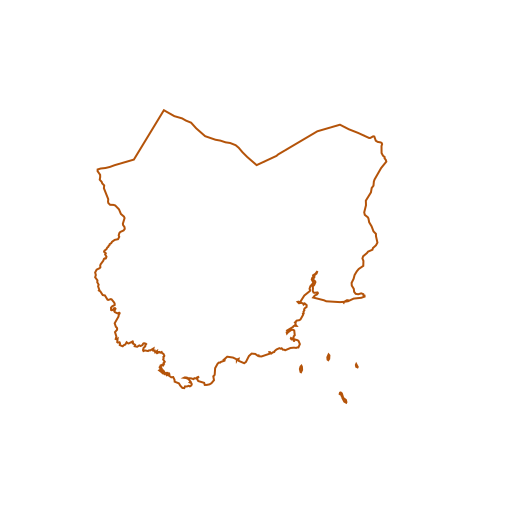 the district of Mocimboa Da Praia, Cabo Delgado, Mozambique, rotated 64°
{"feature_id": "85939544B54758933622764", "entity_name": "Mocimboa Da Praia", "entity_type": "district", "adm_level": 2, "iso_a3": "MOZ", "parent_name": "Mozambique", "parent_adm1": "Cabo Delgado", "projection": "natural_earth1", "projection_center": [40.265, -11.404], "detail": "fine", "context": "isolated", "style": "outline", "palette": "amber", "viewbox_px": 512, "rotation_deg": 64, "n_neighbors": 0, "source": "geoboundaries", "source_scale": "gbopen_adm2", "svg_char_len": 6152}
<svg xmlns="http://www.w3.org/2000/svg" viewBox="0 0 512 512"><g transform="rotate(64 256 256)"><path d="M333.3,384.2L336.7,381.1L339.3,380.9L342.3,380.0L343.3,378.4L342.1,377.0L343.0,375.2L343.2,373.3L344.2,372.6L344.0,370.9L343.0,369.9L341.7,369.9L340.6,370.9L340.3,369.9L337.1,370.6L335.2,372.1L333.9,374.1L333.9,373.2L335.0,371.4L335.9,370.9L337.5,368.0L339.3,366.1L338.8,365.0L339.7,363.6L339.3,362.2L339.4,360.1L339.9,361.9L340.7,362.9L343.1,362.7L347.3,358.2L349.4,358.6L350.3,356.7L351.0,354.0L350.8,351.8L349.2,348.2L345.4,347.1L345.0,345.7L344.3,345.0L338.9,341.9L335.9,337.6L335.5,336.0L336.1,335.1L335.8,333.9L336.3,330.2L335.8,329.8L335.1,330.3L333.9,326.0L337.2,321.2L340.5,318.6L341.4,319.0L340.7,318.0L340.8,316.7L341.7,317.4L342.8,317.4L347.2,313.6L346.8,311.5L342.8,306.2L341.8,302.7L343.7,299.6L346.5,298.1L346.5,297.2L347.5,297.2L348.7,295.1L349.8,286.5L348.3,286.1L348.7,285.5L350.1,285.5L350.4,285.1L350.0,283.2L350.3,281.7L349.6,280.9L349.0,278.5L349.1,275.4L350.2,274.4L350.2,273.4L352.0,272.9L352.6,271.7L353.5,271.1L353.8,265.3L355.0,262.1L356.2,260.2L356.3,258.8L356.8,258.0L354.4,255.2L351.1,255.0L350.0,255.5L347.9,257.8L349.6,259.4L347.4,258.8L346.6,260.6L345.5,260.9L345.1,260.5L345.8,260.0L346.2,258.3L344.7,257.3L344.2,255.9L339.7,254.3L338.7,254.9L337.9,256.5L338.6,260.7L339.2,262.1L338.1,261.9L337.9,260.0L337.6,260.5L336.6,260.7L336.0,253.9L335.5,253.0L335.5,252.2L336.6,250.2L334.6,250.6L333.4,249.6L332.8,250.0L331.9,247.8L332.7,245.1L332.5,243.8L329.4,239.3L328.4,239.1L328.4,238.3L326.8,237.7L326.0,236.3L325.0,236.1L324.4,235.2L324.0,232.9L322.4,232.0L319.8,233.1L319.7,233.6L320.4,233.9L320.5,234.5L319.7,234.4L317.4,236.1L317.7,236.7L317.3,238.1L315.5,238.7L315.6,237.9L316.6,237.1L316.5,236.1L312.7,229.9L311.1,222.9L310.3,222.3L309.0,222.3L307.0,220.4L305.2,216.1L301.6,216.2L300.3,215.0L299.8,213.5L298.4,213.2L298.0,210.3L296.5,207.4L298.3,209.3L298.9,212.0L300.6,212.8L301.7,214.7L302.4,214.9L304.8,213.9L305.6,214.1L307.5,216.3L308.4,218.6L309.7,218.8L312.2,220.3L314.1,220.3L314.7,219.6L315.7,216.7L316.5,216.6L317.3,218.0L317.3,220.5L318.4,222.8L325.6,214.3L327.5,212.7L334.3,200.7L335.4,197.9L336.4,197.6L335.8,196.9L336.5,194.7L335.7,195.0L335.6,193.6L336.2,192.6L337.0,192.4L337.1,186.9L339.7,179.7L340.1,176.2L339.1,175.8L338.4,176.6L337.3,176.3L335.7,177.8L335.2,180.9L333.7,183.0L331.2,183.5L328.4,182.5L324.6,182.9L322.1,181.9L319.3,178.3L316.3,175.7L314.0,172.2L312.7,169.4L311.9,163.9L307.5,161.6L304.8,161.4L303.2,159.8L302.0,155.0L301.2,153.4L301.4,148.6L300.1,147.4L299.0,143.5L297.2,141.0L290.9,139.5L288.6,138.5L285.4,139.6L280.0,139.1L275.3,139.5L271.6,138.5L270.3,138.5L266.7,140.2L264.2,139.6L258.6,134.9L254.4,133.0L249.2,124.8L245.6,122.2L244.3,119.6L240.7,117.4L239.2,115.9L231.8,105.0L228.3,97.5L226.7,97.2L224.5,97.6L223.5,97.0L221.5,97.9L218.5,98.0L212.2,95.0L210.7,93.6L209.6,93.5L208.6,94.1L206.8,96.6L204.9,97.8L200.5,97.3L199.8,98.2L200.0,101.5L199.5,102.6L190.0,110.4L182.8,117.0L174.8,123.0L170.8,146.2L174.4,191.5L175.0,193.7L174.6,215.6L163.1,220.5L156.7,222.7L151.1,224.1L147.5,225.7L143.1,229.7L140.5,233.5L136.7,237.4L133.7,241.5L126.0,249.2L115.0,253.8L107.7,255.9L103.6,259.6L99.9,262.1L94.5,268.1L84.6,274.9L115.8,323.5L112.4,343.3L111.9,348.3L110.9,352.8L109.3,357.2L108.8,360.4L110.3,361.2L114.7,360.5L116.7,361.4L118.9,363.0L121.9,362.2L123.4,362.4L126.0,361.5L128.4,363.0L140.1,363.9L142.4,365.2L143.7,365.5L146.0,364.7L147.6,361.7L148.7,360.5L149.7,360.1L154.0,358.7L159.0,359.0L162.7,357.4L164.3,357.5L168.6,361.5L169.9,361.9L172.3,361.5L174.1,362.1L175.0,363.8L174.9,367.4L175.5,368.8L177.3,370.4L178.8,370.5L180.4,372.6L179.6,375.9L180.1,379.1L181.0,380.5L181.2,382.3L182.0,382.9L182.2,384.0L183.0,384.7L183.2,386.0L184.3,387.4L184.8,389.9L185.6,390.7L187.7,389.8L188.4,390.9L191.1,390.7L192.2,391.8L192.4,392.3L191.8,393.1L192.0,394.0L193.3,395.3L195.3,399.2L196.1,400.1L198.0,400.9L198.4,402.0L198.4,405.2L200.3,407.8L202.9,408.3L204.6,409.9L208.4,409.2L210.0,410.2L212.8,410.0L214.0,411.2L217.9,411.7L218.2,412.3L219.6,411.4L223.9,410.9L225.2,409.1L230.2,408.6L230.7,408.1L231.1,405.4L231.7,404.8L235.6,403.9L236.8,403.9L238.1,404.5L238.2,407.4L238.9,409.0L241.0,409.9L241.5,409.5L241.7,408.3L240.7,406.4L241.0,405.6L241.8,405.4L243.6,407.6L244.5,407.5L246.8,405.7L247.0,403.8L247.3,403.6L247.9,403.8L248.6,405.0L250.2,406.2L254.5,412.5L258.2,413.0L259.4,412.5L260.3,412.6L261.4,413.2L262.6,416.1L267.2,416.8L269.1,418.5L269.7,417.9L269.6,416.6L272.6,418.5L273.3,418.1L273.7,416.5L274.8,416.5L276.3,417.5L278.4,415.7L278.7,415.4L278.2,413.9L278.3,412.3L276.8,410.1L278.3,409.4L278.8,408.8L278.7,404.3L279.5,404.3L280.5,405.1L282.8,403.6L283.9,404.6L285.5,402.6L285.2,400.1L286.3,399.2L286.3,397.1L285.3,395.8L285.3,394.9L286.5,393.5L287.0,393.3L287.7,394.6L288.7,395.2L289.3,397.3L291.0,398.8L292.1,398.8L292.2,397.2L294.1,394.7L293.9,393.4L294.5,392.6L294.2,388.8L295.7,390.0L296.1,389.9L296.5,388.5L298.3,388.8L298.0,386.8L299.3,387.8L300.0,387.6L300.1,386.8L299.6,386.4L299.5,385.7L299.9,384.8L300.9,384.5L300.9,382.9L302.3,382.9L303.3,382.1L305.4,382.1L305.9,382.5L306.1,383.5L307.3,383.8L308.3,384.8L311.1,384.4L311.6,385.9L312.6,386.0L312.6,387.1L313.3,386.9L313.7,387.4L312.7,388.4L312.5,389.7L313.0,390.2L313.4,389.9L313.6,391.2L314.0,391.5L314.7,391.3L315.1,390.2L315.9,390.1L316.8,391.3L316.3,392.1L316.4,393.1L318.4,392.1L318.4,391.6L317.3,390.5L317.7,389.8L318.7,389.7L319.0,390.4L318.7,391.3L319.2,391.7L320.7,391.2L321.0,390.6L319.5,389.8L319.5,389.3L320.4,389.3L321.2,390.1L322.0,390.0L321.7,387.9L322.2,386.9L323.1,387.3L323.3,388.6L324.1,388.5L324.3,387.0L323.1,386.4L323.4,385.6L324.4,385.7L325.3,386.7L327.9,385.3L328.5,383.5L331.5,383.5L333.3,384.2ZM425.6,240.5L427.4,239.3L427.0,238.8L424.8,238.3L421.8,239.8L417.1,239.1L415.8,239.7L415.7,240.4L416.7,241.3L418.6,240.1L419.9,240.5L420.5,240.1L421.5,240.6L425.6,240.5ZM380.2,266.5L378.6,264.5L375.7,263.3L374.5,263.3L374.9,264.4L376.8,266.1L379.8,266.8L380.2,266.5ZM380.5,237.1L381.3,236.7L380.5,235.3L377.5,233.6L376.3,233.9L378.3,236.3L380.5,237.1ZM400.3,213.2L397.1,213.3L397.7,214.0L399.5,214.5L400.6,213.6L400.3,213.2Z" fill="none" stroke="#b45309" stroke-width="2"/></g></svg>